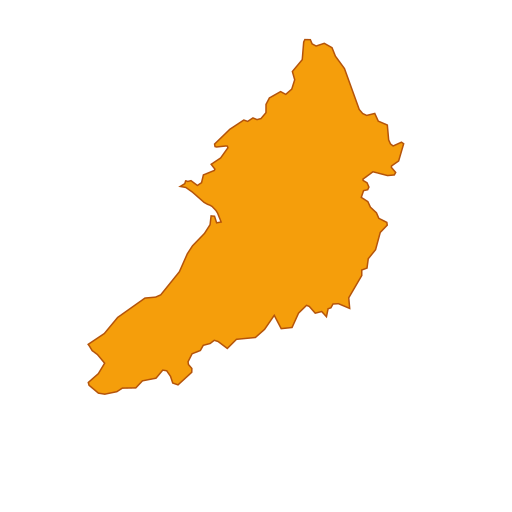 Somerset, orthographic projection, rotated 311°
{"feature_id": "GBR-2047", "entity_name": "Somerset", "entity_type": "Administrative County", "adm_level": 1, "iso_a3": "GBR", "parent_name": "United Kingdom", "parent_adm1": "", "projection": "orthographic", "projection_center": [-2.947, 51.075], "detail": "fine", "context": "isolated", "style": "filled", "palette": "amber", "viewbox_px": 512, "rotation_deg": 311, "n_neighbors": 0, "source": "natural_earth", "source_scale": "10m", "svg_char_len": 2013}
<svg xmlns="http://www.w3.org/2000/svg" viewBox="0 0 512 512"><g transform="rotate(311 256 256)"><path d="M79.2,187.3L98.0,192.4L118.9,191.9L151.4,199.8L159.1,207.2L164.2,209.6L193.9,208.5L212.7,202.7L222.1,201.4L239.3,202.3L249.5,200.8L256.8,195.8L258.8,198.6L255.2,204.5L258.8,207.4L263.2,198.8L264.1,195.8L264.6,190.4L264.1,187.8L263.2,185.5L262.4,181.6L262.5,166.0L261.7,158.1L258.8,153.2L263.9,154.8L266.5,153.6L266.8,153.9L267.4,155.4L267.5,155.6L270.2,157.5L270.8,165.5L275.6,166.8L282.7,163.1L293.2,168.4L294.6,168.0L295.8,162.0L306.8,165.0L319.3,163.8L320.1,162.3L319.3,161.1L312.4,154.7L311.7,153.3L313.3,151.3L334.5,153.1L339.1,154.4L350.6,157.6L352.1,161.4L358.2,163.1L359.6,167.3L363.0,169.6L370.7,169.5L377.0,164.1L384.1,162.4L396.2,166.7L397.5,172.4L405.4,173.5L414.4,169.6L419.1,162.4L434.5,162.1L448.8,151.6L451.4,150.9L454.9,155.1L452.9,159.2L453.9,163.6L461.3,168.0L463.1,176.7L458.9,184.8L455.5,199.8L434.3,237.8L433.5,243.0L434.7,247.3L441.5,252.1L438.0,259.8L441.0,269.2L430.6,280.0L428.8,284.0L429.0,287.3L437.3,291.1L437.6,293.8L421.3,301.3L412.9,299.2L411.7,300.0L410.7,306.6L407.9,307.2L403.0,302.5L396.3,289.0L384.2,286.3L383.3,287.3L384.1,291.8L382.1,296.0L379.3,296.8L375.9,294.3L369.3,297.0L370.4,304.8L367.9,310.3L367.6,318.6L365.0,324.0L367.2,332.7L365.4,334.8L355.3,334.3L339.2,342.1L327.6,342.5L319.7,347.7L314.8,345.0L310.7,348.6L285.3,353.4L277.9,361.1L274.1,349.5L270.3,345.6L266.0,346.5L263.5,345.0L256.4,349.0L257.2,342.0L251.7,338.2L252.9,329.3L251.9,326.5L240.8,325.6L225.7,330.1L217.7,322.7L223.2,308.7L206.3,310.6L194.1,309.0L180.3,295.9L167.4,295.0L166.6,283.5L165.0,279.8L159.9,278.8L154.0,274.8L148.2,276.0L140.3,271.9L131.6,274.1L129.8,276.2L129.0,281.4L126.1,283.8L107.6,281.7L105.5,276.5L109.1,270.4L110.8,263.9L108.7,260.5L98.2,260.7L87.3,252.2L77.6,251.8L68.6,241.8L62.3,240.0L52.5,232.5L49.1,227.0L48.9,214.8L50.5,212.4L63.8,214.2L75.8,212.1L77.6,201.0L77.1,194.4L78.3,190.6L78.6,189.9L79.2,187.3Z" fill="#f59e0b" stroke="#b45309" stroke-width="1.5"/></g></svg>